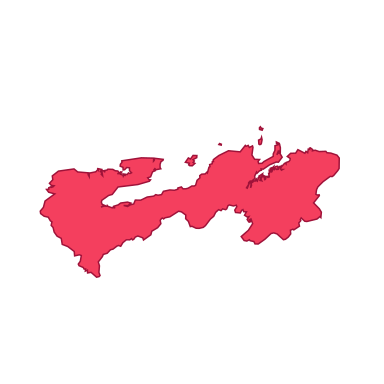 outline of Analalava, Sofia, Madagascar, rotated 49°
{"feature_id": "10022922B21608854890468", "entity_name": "Analalava", "entity_type": "district", "adm_level": 2, "iso_a3": "MDG", "parent_name": "Madagascar", "parent_adm1": "Sofia", "projection": "natural_earth1", "projection_center": [47.842, -14.668], "detail": "fine", "context": "isolated", "style": "filled", "palette": "rose", "viewbox_px": 384, "rotation_deg": 49, "n_neighbors": 0, "source": "geoboundaries", "source_scale": "gbopen_adm2", "svg_char_len": 6116}
<svg xmlns="http://www.w3.org/2000/svg" viewBox="0 0 384 384"><g transform="rotate(49 192 192)"><path d="M194.7,316.2L191.6,315.0L187.0,310.3L183.3,308.6L182.0,302.1L180.9,299.9L182.6,296.2L182.1,291.4L183.3,289.1L183.6,284.0L184.2,282.5L186.2,281.4L184.9,277.4L185.0,272.9L187.3,270.3L187.5,268.2L189.1,268.3L189.5,267.1L188.8,264.3L189.7,261.7L194.3,259.2L196.4,260.1L197.3,251.1L195.2,248.1L196.4,241.4L195.5,236.3L192.5,234.6L192.0,232.4L192.4,231.3L193.7,231.1L193.8,229.2L196.2,225.0L197.7,214.8L200.0,213.0L205.3,211.8L208.0,214.3L211.8,214.0L217.0,216.0L217.9,214.5L222.0,212.7L224.1,210.5L226.1,206.7L226.2,203.9L224.5,195.9L224.6,191.6L222.9,187.5L222.8,183.5L225.1,182.3L224.8,180.0L227.4,178.2L227.5,176.8L225.9,173.7L226.3,172.3L229.7,169.9L231.1,167.2L232.5,167.8L233.7,171.6L236.0,172.6L239.5,169.3L238.4,166.5L238.7,165.1L240.8,165.9L242.7,163.9L244.0,167.6L247.2,166.7L247.9,165.2L248.9,168.4L251.9,168.8L252.7,168.1L252.6,167.1L250.7,166.9L251.0,165.2L255.7,167.0L257.9,174.6L257.9,184.1L262.8,184.5L265.0,182.8L265.7,180.0L266.9,180.1L270.0,177.8L272.5,178.5L274.7,176.1L275.5,167.8L275.2,159.6L276.5,157.1L279.5,155.3L288.0,154.3L289.0,152.5L289.2,149.0L288.4,145.0L285.4,142.8L286.3,140.2L287.4,140.0L288.3,133.3L285.4,131.7L285.0,128.7L283.8,128.3L283.2,126.6L288.0,126.1L289.6,124.7L294.4,115.4L294.5,111.5L295.8,111.5L292.1,107.6L288.2,106.9L280.0,107.4L278.3,98.3L277.5,97.9L276.8,99.2L275.0,100.0L271.9,96.4L270.7,93.6L270.2,86.4L270.9,77.5L272.3,76.1L272.5,74.3L271.5,68.0L270.8,65.6L263.0,58.6L259.3,58.4L253.7,61.7L250.9,64.4L249.1,64.3L244.9,69.5L241.3,71.6L239.9,74.1L239.1,73.1L236.3,73.7L236.0,74.5L237.1,75.3L235.9,76.1L238.2,78.9L236.1,79.3L236.8,81.4L229.5,84.3L230.7,88.3L227.5,92.2L227.7,96.8L231.1,95.9L232.2,97.0L232.6,98.8L231.5,101.5L232.5,102.6L231.4,102.5L231.1,103.4L231.6,107.5L232.3,109.7L233.4,110.0L234.5,108.8L234.2,110.2L230.2,109.3L230.0,110.7L231.3,111.4L231.5,112.0L230.1,113.8L231.3,111.8L228.7,110.5L227.8,111.9L227.7,114.7L229.2,113.8L229.1,115.9L229.1,114.2L227.3,115.1L226.4,113.7L226.5,116.1L228.1,116.2L229.1,118.4L229.1,118.8L227.5,120.3L228.7,121.5L228.3,122.0L231.9,124.1L230.7,123.8L230.8,125.1L227.2,126.9L230.1,127.4L230.6,128.3L230.3,129.6L230.0,127.6L229.2,127.7L229.7,128.5L226.1,127.4L227.3,131.4L229.3,132.0L227.9,132.8L228.2,133.7L226.7,131.4L224.9,130.8L226.7,130.2L224.5,126.8L224.0,130.8L226.7,135.6L225.3,135.9L224.5,134.9L224.6,136.5L225.8,137.3L224.7,137.1L224.0,139.4L225.0,140.3L223.6,139.9L223.2,140.9L226.1,142.8L227.3,145.1L224.4,141.8L222.6,142.3L225.4,147.8L224.6,148.1L223.5,144.4L222.1,143.1L221.9,140.9L223.0,139.8L223.0,135.5L221.2,134.4L219.3,130.3L220.5,130.6L220.3,127.2L221.1,125.3L219.9,124.7L221.5,123.3L222.4,115.6L224.6,108.9L226.2,107.2L224.9,101.1L220.6,100.3L219.0,101.3L219.6,103.6L217.9,100.4L219.0,100.6L218.6,99.8L219.9,100.3L220.3,99.6L216.5,96.2L212.6,94.2L209.6,95.5L210.8,96.4L213.1,95.4L211.5,99.0L215.0,102.1L216.5,105.6L218.4,107.4L216.2,117.7L216.3,120.3L214.2,123.0L212.3,122.1L211.8,119.7L208.4,123.3L203.4,122.5L198.3,116.7L196.9,116.1L196.0,119.5L193.7,119.0L193.0,121.2L191.8,121.2L193.3,129.3L184.8,137.4L182.1,147.7L181.6,153.8L181.8,155.2L183.1,155.8L182.5,156.9L183.9,158.2L182.9,160.7L184.7,161.8L184.4,162.9L187.6,167.7L186.8,167.6L187.0,170.2L184.9,173.0L184.7,175.4L186.5,176.7L186.5,180.5L189.3,184.9L188.9,186.5L187.4,188.1L186.6,192.4L185.5,194.6L183.7,196.7L181.2,196.7L179.7,200.0L180.6,200.8L179.2,204.1L175.9,207.4L172.7,213.1L174.0,216.7L172.1,219.8L170.2,221.1L170.0,223.6L166.4,229.1L164.5,236.1L160.9,240.1L162.8,243.9L161.2,247.0L160.7,250.1L157.3,252.4L160.3,249.3L160.3,245.4L157.3,247.3L153.5,253.1L153.3,256.1L151.3,260.7L151.5,261.1L152.9,260.6L153.8,260.9L152.9,260.8L151.6,262.6L147.8,264.8L146.5,264.8L146.9,265.6L144.9,267.7L143.7,270.6L144.6,266.8L142.4,267.9L140.2,267.1L139.1,265.5L139.9,257.2L141.5,253.8L139.7,244.5L150.9,227.9L155.9,217.1L155.6,215.4L154.5,216.3L152.2,216.1L153.4,213.3L150.9,208.6L151.7,206.0L150.3,206.2L149.8,204.0L150.8,205.9L154.0,200.3L152.5,200.0L150.1,197.9L148.7,195.4L149.1,193.2L148.5,192.3L142.0,198.1L143.4,199.8L143.5,200.8L141.8,199.2L142.2,198.4L141.5,198.5L133.0,207.8L122.4,224.5L123.7,225.5L124.1,227.9L125.4,229.3L128.1,227.9L130.2,229.5L131.0,228.2L130.7,225.2L132.7,223.3L134.9,225.2L137.8,225.0L137.4,226.7L135.9,227.4L136.3,229.4L133.8,231.6L136.1,231.2L134.6,232.4L135.0,233.5L134.0,233.0L131.8,234.3L130.8,231.9L129.9,232.8L130.4,234.7L129.3,236.4L129.7,234.4L127.5,234.2L125.6,236.0L123.0,236.9L119.6,240.5L119.7,241.7L118.5,243.8L119.9,244.9L118.2,244.6L116.6,246.1L121.1,248.8L119.1,248.9L118.3,247.2L116.5,247.8L115.8,245.3L112.0,248.1L113.4,247.7L113.8,248.1L113.3,248.0L113.6,251.4L110.3,257.2L113.0,259.5L111.0,259.1L109.9,258.4L109.9,257.3L101.9,265.1L97.2,265.9L88.6,279.1L88.2,286.9L91.4,289.0L91.9,293.9L94.8,293.8L96.8,292.0L96.9,293.7L96.1,294.9L96.7,295.5L95.5,295.0L94.8,297.3L95.9,298.3L94.6,300.1L98.2,300.3L103.4,296.8L102.4,308.8L106.1,314.2L106.9,319.1L109.0,320.4L113.3,319.5L116.7,317.0L120.8,317.8L122.6,317.3L124.8,320.2L127.6,320.1L131.8,322.3L136.8,322.8L141.2,321.1L146.4,324.3L151.7,321.5L159.6,319.9L163.2,322.5L165.5,318.2L167.3,317.2L171.0,321.7L171.8,325.1L173.5,325.6L177.6,323.6L179.4,324.0L180.3,322.8L181.7,324.4L182.4,322.2L184.6,323.9L186.4,320.9L193.7,319.9L194.9,317.6L194.7,316.2ZM168.2,170.0L169.2,165.9L167.7,164.4L165.1,167.2L166.1,171.5L163.9,172.4L165.2,177.5L168.6,175.1L169.3,176.7L170.6,176.5L172.4,174.6L172.3,171.0L170.5,171.8L170.1,169.9L168.2,170.0ZM198.5,104.8L196.3,103.6L197.2,105.1L196.5,107.7L199.7,110.1L200.6,109.9L201.2,108.8L200.8,107.7L198.5,104.8ZM191.4,98.5L190.6,96.9L189.3,97.8L187.6,97.6L187.8,99.0L189.1,100.0L191.4,98.5ZM226.9,120.0L228.7,118.9L228.8,118.6L227.0,118.2L226.1,119.4L226.9,120.0ZM173.8,140.6L175.8,139.2L175.2,138.5L173.5,139.4L173.8,140.6ZM226.5,118.1L226.6,117.2L225.8,116.5L225.5,117.5L226.5,118.1ZM231.9,109.5L231.6,108.6L230.8,107.9L230.8,108.9L231.9,109.5ZM228.2,117.8L227.9,116.6L227.0,117.0L227.2,117.4L228.2,117.8ZM230.5,125.1L230.3,124.0L229.4,125.2L230.5,125.1Z" fill="#f43f5e" stroke="#9f1239" stroke-width="1.5"/></g></svg>